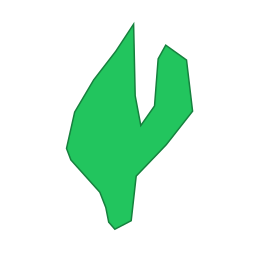 SVG path tracing the border of Lumparland, rotated 19°
{"feature_id": "ALD-4819", "entity_name": "Lumparland", "entity_type": "state/province", "adm_level": 1, "iso_a3": "ALA", "parent_name": "Aland", "parent_adm1": "", "projection": "mercator", "projection_center": [20.249, 60.105], "detail": "fine", "context": "isolated", "style": "filled", "palette": "green", "viewbox_px": 256, "rotation_deg": 19, "n_neighbors": 0, "source": "natural_earth", "source_scale": "10m", "svg_char_len": 406}
<svg xmlns="http://www.w3.org/2000/svg" viewBox="0 0 256 256"><g transform="rotate(19 128 128)"><path d="M161.2,44.7L183.6,91.1L169.6,131.4L151.4,170.8L161.2,214.6L148.5,228.0L140.4,223.3L132.9,210.4L122.3,197.9L84.4,176.8L76.5,167.3L72.4,130.3L79.9,93.7L91.5,59.3L99.5,28.0L124.3,95.2L139.3,121.5L145.9,98.5L134.0,52.8L136.7,37.4L161.2,44.7Z" fill="#22c55e" stroke="#15803d" stroke-width="1.5"/></g></svg>